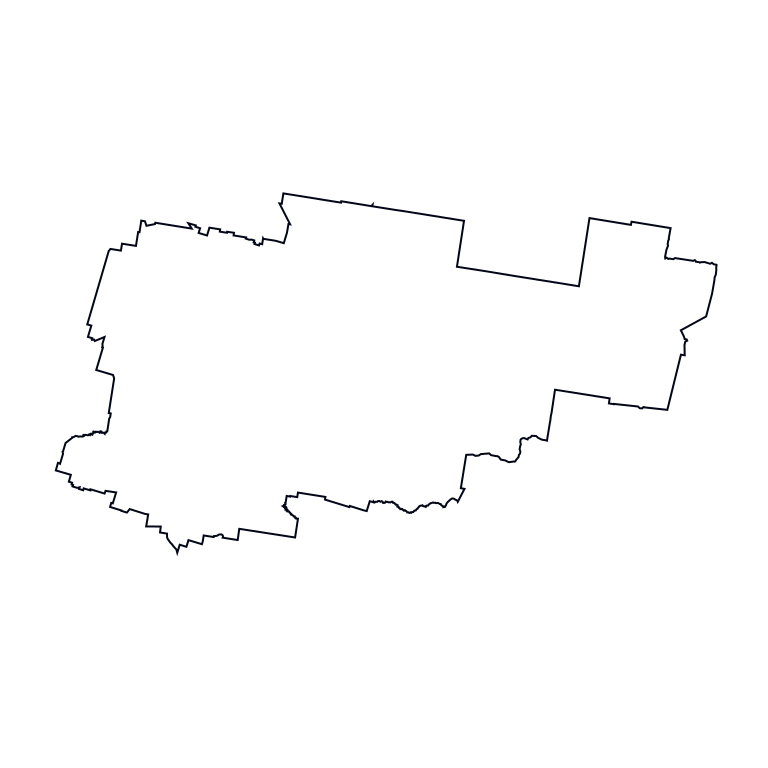 the district of Buloke, Victoria, Australia, rotated 99°
{"feature_id": "25037944B21796127243371", "entity_name": "Buloke", "entity_type": "district", "adm_level": 2, "iso_a3": "AUS", "parent_name": "Australia", "parent_adm1": "Victoria", "projection": "mercator", "projection_center": [143.17, -35.846], "detail": "fine", "context": "isolated", "style": "outline", "palette": "ink", "viewbox_px": 768, "rotation_deg": 99, "n_neighbors": 0, "source": "geoboundaries", "source_scale": "gbopen_adm2", "svg_char_len": 6112}
<svg xmlns="http://www.w3.org/2000/svg" viewBox="0 0 768 768"><g transform="rotate(99 384 384)"><path d="M185.2,125.3L185.0,164.9L188.2,165.0L188.0,207.0L257.0,206.8L256.9,230.7L257.1,231.2L256.9,231.6L256.9,247.2L257.0,249.2L256.9,249.5L256.9,255.2L256.9,270.7L256.7,303.7L256.8,330.3L210.3,330.5L210.2,392.9L210.3,400.3L210.3,423.5L208.9,423.4L209.8,424.0L210.3,424.8L210.2,454.8L211.6,454.8L211.5,513.2L222.0,513.2L222.0,515.5L241.0,501.7L241.0,503.4L249.7,503.5L260.6,505.0L259.5,513.2L259.5,525.9L259.1,526.2L265.0,526.2L264.7,528.8L266.7,529.1L266.0,533.8L264.6,533.6L264.5,534.9L262.5,534.6L262.1,537.4L262.6,539.7L262.0,543.3L260.8,543.1L260.8,555.8L258.1,555.8L258.2,562.8L259.2,562.8L259.2,570.0L256.9,570.0L256.9,580.9L265.0,582.0L263.8,590.7L258.9,590.0L258.2,594.9L256.8,594.7L255.8,602.4L260.6,598.2L260.5,635.1L261.9,635.3L264.9,643.4L260.7,645.5L260.6,649.3L272.3,649.2L272.3,650.6L286.4,650.6L286.4,664.7L293.4,664.7L293.4,675.3L295.8,676.7L371.6,686.4L372.1,682.2L383.8,683.8L384.4,679.4L385.8,679.6L386.1,679.4L385.4,677.4L386.8,676.4L381.3,667.4L388.5,668.4L390.3,667.9L391.8,668.1L391.9,667.3L415.2,670.4L417.5,653.0L420.7,651.4L455.8,651.3L455.8,649.3L459.5,649.3L461.3,650.0L474.0,649.9L474.3,650.7L474.9,650.6L475.5,650.9L475.5,651.1L475.2,651.2L475.7,651.8L476.9,652.0L476.6,652.4L476.0,652.3L475.8,652.6L476.1,653.5L476.1,654.5L476.4,654.8L476.4,655.3L476.1,655.6L475.2,655.6L475.0,656.1L475.2,656.9L476.6,657.1L476.7,657.3L476.4,657.7L475.9,659.0L476.4,660.1L476.1,661.1L476.6,661.7L477.1,661.7L477.3,662.1L476.4,663.2L476.4,663.6L476.8,663.7L477.5,663.3L478.5,663.9L479.7,664.1L479.6,664.4L478.8,665.0L478.9,665.8L479.1,666.1L480.2,666.0L480.5,666.2L479.9,667.2L480.1,667.7L480.8,667.9L481.0,668.4L480.9,670.6L481.0,671.3L482.1,672.0L482.0,672.4L481.5,672.4L481.3,672.7L481.6,673.1L482.7,673.0L483.0,673.2L483.3,674.9L483.3,675.9L483.9,677.7L483.5,678.7L483.5,680.5L484.8,682.0L485.4,683.6L485.8,683.4L492.1,689.3L497.5,690.0L499.7,690.4L500.5,690.3L501.1,690.9L503.1,690.1L513.5,691.5L513.1,692.4L512.9,693.7L520.7,694.6L522.7,679.1L529.8,680.0L530.3,676.6L532.1,676.8L532.3,675.3L533.9,675.6L534.6,670.8L533.6,668.5L535.4,668.8L536.0,664.5L534.1,664.3L535.0,657.4L533.9,657.5L535.9,642.8L533.1,642.3L533.0,631.6L544.3,633.2L544.1,634.8L548.3,635.3L550.0,623.5L550.4,623.5L551.2,617.8L547.3,615.6L549.7,599.7L549.7,596.5L561.9,596.6L559.7,582.2L565.7,582.0L565.7,574.9L569.3,574.3L571.0,573.3L574.2,570.1L575.5,568.3L577.4,566.4L579.9,563.2L583.0,561.8L574.7,560.6L575.7,553.7L568.8,552.7L570.7,538.8L567.9,538.4L561.8,538.4L561.8,528.3L560.9,528.3L560.1,525.5L559.8,524.8L558.7,523.7L558.2,522.5L558.0,521.0L558.4,520.0L559.1,519.4L560.0,519.1L561.0,519.3L561.0,504.1L549.7,504.3L549.5,447.8L530.5,447.9L530.7,449.4L530.5,450.4L529.7,450.3L529.2,451.4L528.7,451.6L529.0,452.4L528.0,453.4L527.8,454.3L527.3,454.6L527.2,455.0L527.6,455.1L527.6,455.3L527.1,455.8L526.7,455.7L526.6,456.0L526.0,456.3L525.8,457.0L525.1,457.4L524.9,457.7L525.1,457.8L524.9,458.0L524.9,458.8L524.7,458.8L524.6,459.2L524.7,459.6L523.8,459.5L523.8,459.9L523.4,460.0L523.6,460.4L523.0,460.3L522.7,460.7L523.0,461.3L522.0,461.1L521.9,461.3L521.4,461.2L521.3,461.5L520.9,461.5L520.9,461.8L521.2,461.7L521.7,462.3L521.0,462.3L520.6,462.7L521.1,463.5L521.1,463.9L520.8,464.3L520.4,464.1L520.3,464.5L519.9,463.8L519.2,463.9L518.7,462.6L518.3,462.4L517.5,462.7L517.3,462.6L516.9,463.1L516.1,462.6L509.8,462.6L509.9,459.1L509.3,459.1L509.3,452.0L504.7,452.0L504.7,424.2L507.4,424.2L511.0,398.9L509.8,398.7L512.0,384.0L512.2,381.2L502.0,379.7L502.5,376.1L501.5,376.0L502.5,374.7L501.6,373.7L501.5,372.4L500.5,371.5L500.5,370.8L500.3,370.5L500.8,369.1L500.1,367.9L500.5,367.0L501.5,366.5L501.6,366.0L501.3,365.5L501.3,364.6L499.8,363.9L500.1,363.1L499.8,361.8L500.2,361.0L499.9,359.7L500.0,359.3L499.0,357.9L498.9,357.2L499.9,356.6L499.9,355.1L501.3,353.7L501.1,352.7L501.6,352.0L501.7,351.5L503.0,351.7L503.4,350.0L504.0,349.9L504.2,349.1L505.1,348.3L504.6,347.4L505.0,346.6L504.7,346.2L506.0,344.8L506.0,344.4L505.4,344.0L505.3,343.6L505.9,342.8L506.2,341.8L507.2,341.0L506.9,340.0L507.4,338.9L507.3,338.3L506.8,338.1L506.6,337.8L506.9,336.9L506.1,336.4L505.9,335.1L504.3,334.2L504.0,332.9L502.6,332.3L501.9,331.3L501.3,331.3L500.5,330.6L499.3,330.1L498.5,329.0L498.5,328.5L497.7,327.1L498.5,326.3L498.4,325.7L498.6,325.4L498.5,324.7L498.7,324.4L498.5,323.6L498.7,323.4L498.2,323.1L497.7,323.3L497.3,322.6L497.3,321.6L495.6,320.6L495.1,319.9L494.4,319.4L494.2,318.4L493.5,317.5L493.4,316.9L493.6,315.9L493.2,314.9L493.5,314.4L493.4,313.2L493.0,312.1L493.8,310.1L493.7,309.2L494.5,308.7L495.1,307.9L495.1,307.2L495.4,306.7L496.4,306.2L495.8,305.4L496.0,304.7L495.5,304.3L495.0,304.4L494.0,303.8L492.2,303.5L490.9,302.8L487.6,300.2L486.4,298.8L486.3,297.4L486.5,296.4L487.1,295.7L487.2,294.6L487.6,293.8L488.0,293.2L488.8,292.7L475.0,288.1L474.9,291.8L441.1,291.7L439.8,285.2L440.3,283.4L440.7,282.7L440.3,280.9L439.8,279.2L438.1,277.4L436.1,269.3L437.5,267.2L437.7,261.9L437.5,261.0L438.0,259.2L440.4,256.8L440.5,252.4L441.6,248.9L441.6,247.9L440.3,244.0L440.3,242.9L439.9,242.2L439.1,242.1L435.1,239.7L432.8,239.6L431.5,238.8L429.7,238.7L426.9,239.9L423.4,239.7L422.4,239.4L420.0,240.3L417.8,240.4L416.8,239.9L415.8,238.4L415.5,237.2L416.3,233.5L414.8,233.0L413.7,231.0L412.0,229.9L411.6,225.5L413.1,223.3L414.3,219.2L414.3,214.8L414.5,214.2L396.0,214.1L394.9,214.0L389.6,214.2L386.6,214.0L362.9,214.2L362.9,158.9L368.0,158.8L368.0,153.8L367.7,153.8L366.5,129.7L367.9,127.6L367.7,125.2L366.2,124.2L366.2,123.8L366.4,123.8L365.2,100.1L308.6,95.3L308.6,91.5L298.5,93.3L295.1,93.1L293.8,91.3L292.6,92.1L292.6,94.1L290.3,95.1L284.5,99.2L266.9,76.4L243.4,74.1L230.6,73.9L226.8,74.1L224.2,73.4L219.2,73.6L217.3,74.1L214.4,74.1L214.2,74.3L214.2,76.9L213.0,79.1L214.2,80.6L213.4,86.4L214.1,89.9L214.7,91.0L214.4,91.4L214.4,95.0L214.1,95.0L213.0,96.4L214.0,97.8L214.1,116.1L214.2,116.5L215.4,117.6L215.5,118.7L215.4,121.1L216.0,122.8L215.0,124.5L216.0,125.8L214.4,126.3L207.2,126.0L202.8,125.1L201.6,125.7L197.8,125.7L196.7,125.2L195.6,125.5L193.4,125.5L185.2,125.3Z" fill="none" stroke="#020617" stroke-width="2"/></g></svg>